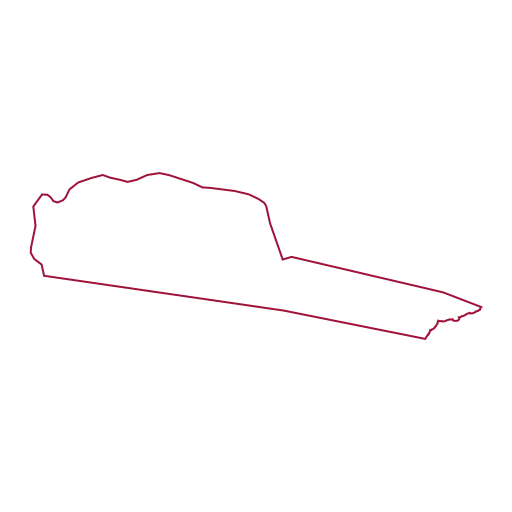 outline of Ngeriungs, Ngeremlengui, Palau
{"feature_id": "81905179B87089550714781", "entity_name": "Ngeriungs", "entity_type": "district", "adm_level": 2, "iso_a3": "PLW", "parent_name": "Palau", "parent_adm1": "Ngeremlengui", "projection": "mercator", "projection_center": [134.606, 7.483], "detail": "fine", "context": "isolated", "style": "outline", "palette": "rose", "viewbox_px": 512, "rotation_deg": 0, "n_neighbors": 0, "source": "geoboundaries", "source_scale": "gbopen_adm2", "svg_char_len": 1801}
<svg xmlns="http://www.w3.org/2000/svg" viewBox="0 0 512 512"><path d="M112.2,178.1L110.2,177.7L102.8,175.0L91.7,177.9L78.2,182.5L69.5,189.4L65.6,197.4L62.9,200.3L57.4,202.5L53.4,201.1L50.5,197.1L47.3,194.7L42.0,194.5L39.7,197.7L33.3,206.5L35.5,225.9L31.0,247.7L30.7,252.8L34.4,259.1L41.6,264.5L44.1,275.8L283.9,310.6L425.3,338.9L426.0,337.6L427.3,335.5L427.9,335.2L428.3,334.0L428.7,334.1L429.5,332.8L429.4,332.3L429.6,331.8L430.0,331.1L430.5,330.7L430.4,330.0L431.3,330.1L431.8,329.5L432.4,329.3L433.0,329.1L433.5,328.8L434.3,328.0L434.8,327.1L435.0,327.2L435.9,326.0L436.0,325.6L436.3,325.5L437.0,324.0L437.6,323.4L437.7,323.0L437.6,322.7L437.8,321.4L438.3,320.6L439.1,321.1L440.1,321.1L441.2,321.1L441.8,321.0L442.0,321.3L442.6,321.5L443.7,321.4L445.1,321.2L446.4,320.4L447.0,320.3L447.6,320.0L448.1,320.0L449.3,319.4L450.3,319.6L451.2,319.4L452.1,319.5L452.6,319.3L452.7,319.7L452.9,320.2L453.2,320.4L453.8,320.7L454.9,320.9L456.4,320.8L457.2,320.8L458.0,320.5L458.4,319.9L458.8,319.7L459.0,319.4L459.2,318.8L459.5,318.3L459.3,317.8L459.0,317.4L459.6,317.3L459.8,317.1L460.6,316.9L462.0,316.3L462.2,316.0L462.6,316.1L463.6,315.8L464.1,315.7L464.7,315.2L465.3,315.1L465.6,314.9L466.0,314.3L466.5,314.0L467.7,313.5L468.7,313.4L469.3,312.9L469.6,313.1L469.9,313.0L470.3,313.4L470.6,313.2L471.2,313.4L471.7,313.3L472.5,313.3L473.1,313.1L474.2,312.7L474.7,312.3L475.3,312.2L475.7,311.8L475.9,311.3L476.5,311.3L477.0,311.1L477.5,311.1L478.1,310.9L478.5,310.4L478.9,310.3L480.0,309.7L480.0,309.1L480.3,308.4L481.3,307.1L443.2,292.4L291.6,256.9L282.7,259.5L270.1,223.4L266.2,206.1L264.3,202.9L258.7,199.1L249.0,194.4L234.7,191.0L210.4,187.9L202.4,187.4L192.9,182.9L169.4,175.2L159.6,173.1L147.2,175.0L136.6,179.8L127.6,181.9L120.0,179.8L112.2,178.1Z" fill="none" stroke="#9f1239" stroke-width="2"/></svg>